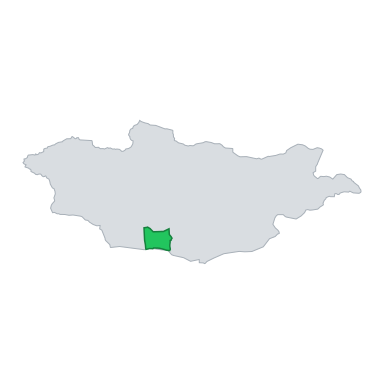 Gurvantes, Ömnögovi, Mongolia shown in context
{"feature_id": "93677404B48845282063548", "entity_name": "Gurvantes", "entity_type": "district", "adm_level": 2, "iso_a3": "MNG", "parent_name": "Mongolia", "parent_adm1": "Ömnögovi", "projection": "equal_earth", "projection_center": [101.209, 43.334], "detail": "fine", "context": "in_parent", "style": "filled", "palette": "green", "viewbox_px": 384, "rotation_deg": 0, "n_neighbors": 0, "source": "geoboundaries", "source_scale": "gbopen_adm2", "svg_char_len": 4609}
<svg xmlns="http://www.w3.org/2000/svg" viewBox="0 0 384 384"><path d="M24.1,158.9L25.3,158.9L27.3,157.6L27.7,156.0L28.3,155.1L32.9,154.6L35.0,155.1L35.4,154.1L35.8,153.9L36.8,154.8L37.9,154.4L38.6,154.0L39.4,152.7L41.0,152.9L43.7,151.6L43.8,149.1L44.9,148.5L47.3,148.0L47.7,146.9L48.2,146.6L50.0,146.3L53.1,145.0L54.5,144.9L55.7,143.8L58.5,142.4L62.6,141.7L62.9,141.0L66.7,138.8L70.7,138.7L71.9,136.7L72.5,136.6L75.2,138.8L76.3,138.5L76.8,137.7L78.5,137.7L79.1,139.3L80.0,139.9L91.8,140.6L92.1,141.1L92.6,144.9L94.7,146.7L95.2,147.5L98.5,147.3L100.3,148.7L103.1,148.6L104.5,149.0L107.3,147.7L107.9,147.7L108.8,148.4L110.1,147.9L112.7,149.1L114.7,148.9L115.6,149.4L116.8,149.0L119.6,149.4L121.8,151.4L123.4,151.2L125.3,149.9L125.8,149.0L128.6,148.5L130.1,147.6L131.2,146.8L132.8,143.9L133.1,140.9L131.7,140.4L130.6,139.4L129.9,137.8L129.9,136.7L128.6,135.0L128.7,134.1L129.5,132.7L129.9,130.3L130.9,129.0L132.8,128.3L132.9,127.3L134.2,125.5L137.1,124.5L138.8,122.5L139.7,120.4L141.1,121.5L144.9,122.9L148.1,123.6L150.1,125.0L155.7,125.4L165.0,128.9L166.9,128.8L172.4,130.2L172.9,130.7L172.8,133.4L173.3,134.1L173.5,137.0L174.6,138.4L174.3,140.2L174.8,140.7L176.1,141.0L178.4,142.8L183.3,144.0L184.8,145.2L188.2,146.0L189.9,145.5L192.8,145.8L193.8,145.6L195.6,144.2L196.7,143.8L203.2,142.7L204.9,141.8L206.1,141.6L211.2,142.5L214.7,143.8L219.8,143.7L222.2,145.3L223.3,146.7L225.4,148.0L232.4,148.5L232.8,148.8L232.8,151.9L233.1,152.4L237.8,155.8L240.0,156.8L246.5,156.6L256.6,158.8L258.9,158.1L261.1,159.2L261.9,159.1L268.2,156.3L269.2,156.5L275.9,155.4L280.1,154.0L283.3,154.1L285.8,152.9L286.7,150.5L290.8,147.7L297.9,144.2L302.6,144.8L305.3,146.0L308.4,148.5L310.0,149.2L313.0,149.4L317.2,147.7L319.4,148.1L321.6,148.9L323.1,150.2L317.6,163.2L317.5,163.9L315.7,166.7L315.7,171.1L313.1,172.7L313.7,175.2L314.4,176.1L317.5,178.6L318.5,178.3L319.3,177.3L320.8,176.3L323.8,176.6L326.4,176.2L329.7,177.0L332.8,179.1L336.8,174.6L340.7,174.0L344.4,174.6L347.5,177.7L351.0,179.1L352.1,180.8L353.5,181.5L353.9,182.4L358.4,185.9L359.5,188.2L360.8,189.9L361.0,191.6L360.7,192.4L359.1,193.3L353.3,192.9L349.8,191.2L348.6,192.1L344.2,191.8L341.7,192.5L340.1,193.1L339.2,194.3L338.4,194.5L337.7,194.5L336.3,193.6L335.1,193.6L334.8,193.8L334.3,196.7L330.6,196.7L329.2,196.3L326.2,197.6L325.8,198.8L324.3,200.3L323.0,203.2L323.4,204.4L323.0,205.2L320.3,206.8L317.8,209.1L312.3,210.0L309.8,210.2L307.8,209.6L305.9,210.0L304.6,212.6L301.2,215.9L296.1,219.0L286.5,217.1L285.3,216.6L283.2,214.6L277.7,214.6L276.2,215.9L274.9,217.9L272.9,224.3L275.3,227.9L278.0,230.3L279.1,232.0L279.2,233.5L277.5,234.1L275.2,236.5L269.5,238.7L263.3,246.8L251.9,251.5L244.8,251.8L239.2,251.4L223.9,253.7L214.2,257.9L206.9,261.5L205.3,263.3L204.6,263.6L203.3,262.9L199.3,262.7L199.2,259.5L190.6,261.3L183.6,257.7L173.6,255.5L171.6,254.7L168.1,250.6L166.3,250.1L161.9,249.9L149.9,248.1L144.2,249.7L119.6,246.5L110.7,247.5L110.3,247.1L109.8,244.6L105.7,240.6L105.2,239.6L105.0,238.1L101.8,230.1L99.7,228.9L100.1,225.5L96.8,225.8L93.2,224.5L89.6,222.2L87.9,220.4L85.3,220.0L82.2,216.8L80.7,216.2L73.0,215.0L69.0,215.3L64.9,214.5L60.1,214.4L58.6,213.7L57.2,213.8L54.5,212.4L52.6,212.7L50.6,208.2L51.3,205.3L52.3,203.6L54.6,201.1L54.6,200.2L53.9,197.9L55.3,193.9L55.0,191.4L54.0,188.6L52.4,187.9L50.3,184.1L49.7,181.1L48.9,179.1L46.6,177.8L45.9,176.1L45.2,175.9L44.6,176.5L43.2,176.7L41.8,175.6L41.1,174.4L40.3,174.0L38.7,174.1L37.3,174.7L35.7,174.4L34.5,173.2L31.0,171.5L31.0,170.2L30.6,169.3L29.5,169.0L28.5,168.1L25.1,167.0L25.1,166.3L26.1,164.9L23.9,163.8L23.0,162.6L24.5,161.0L24.0,160.0L24.1,158.9Z" fill="#d9dde1" stroke="#a8b0b8" stroke-width="1"/><path d="M150.1,228.6L147.6,227.1L146.6,227.4L144.6,227.7L144.0,227.8L144.6,240.2L145.4,244.7L145.6,247.0L145.7,248.3L146.0,249.4L146.9,249.2L147.6,249.0L148.2,248.9L148.6,248.8L149.2,248.6L149.7,248.5L150.1,248.6L150.8,248.6L151.3,248.6L151.5,248.6L152.3,248.7L152.9,248.7L153.0,248.6L153.5,248.0L154.5,248.0L155.5,248.0L156.1,248.1L156.6,248.1L157.1,248.1L157.9,248.1L158.6,248.2L159.3,248.2L160.1,248.4L160.4,248.5L161.1,248.7L161.7,248.8L162.5,249.0L163.2,249.2L163.5,249.3L163.9,249.4L164.4,249.5L164.7,249.6L165.5,249.9L166.3,250.1L167.1,250.3L168.0,250.4L168.8,250.5L169.1,250.5L169.7,250.6L170.3,249.2L169.8,246.4L169.8,244.7L170.1,242.5L170.1,241.7L170.1,241.0L170.1,240.6L170.6,240.6L170.8,240.5L170.8,240.4L170.9,240.2L171.0,240.2L171.0,239.9L171.1,239.7L172.0,238.2L170.9,236.4L170.2,235.6L169.7,235.0L169.5,234.7L169.3,234.3L169.0,228.8L164.8,230.8L163.4,231.5L161.2,231.5L159.2,231.6L153.2,231.8L151.0,229.6L150.1,228.6Z" fill="#22c55e" stroke="#15803d" stroke-width="1.5"/></svg>